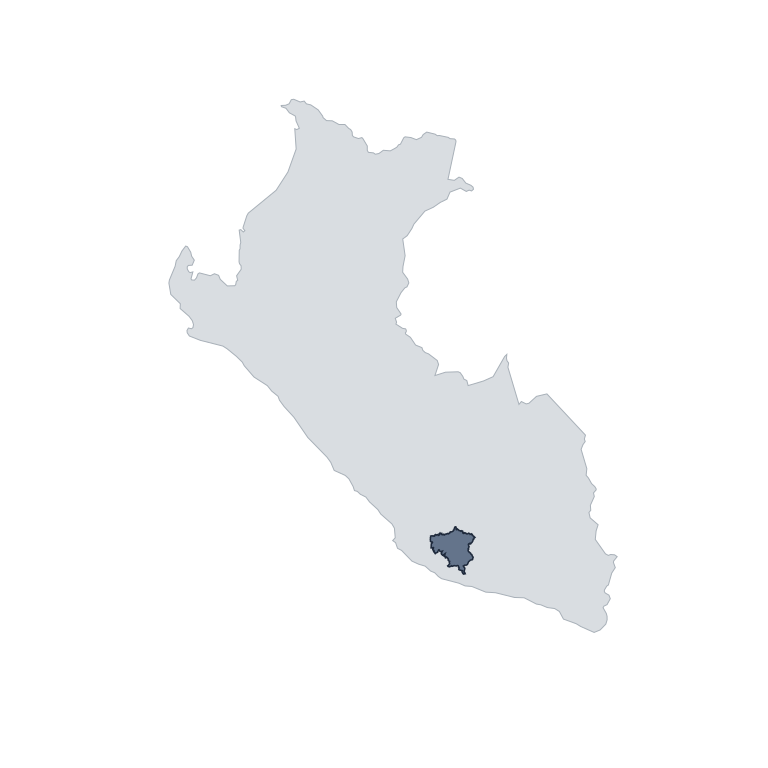 location of Lucanas, Ayacucho, Peru, rotated 343°
{"feature_id": "86281439B5175485015663", "entity_name": "Lucanas", "entity_type": "district", "adm_level": 2, "iso_a3": "PER", "parent_name": "Peru", "parent_adm1": "Ayacucho", "projection": "natural_earth1", "projection_center": [-74.354, -14.75], "detail": "fine", "context": "in_parent", "style": "filled", "palette": "slate", "viewbox_px": 768, "rotation_deg": 343, "n_neighbors": 0, "source": "geoboundaries", "source_scale": "gbopen_adm2", "svg_char_len": 9425}
<svg xmlns="http://www.w3.org/2000/svg" viewBox="0 0 768 768"><g transform="rotate(343 384 384)"><path d="M526.7,221.8L526.5,223.9L524.2,225.0L522.1,223.5L519.0,223.9L514.3,219.0L503.2,219.8L498.3,225.6L490.9,226.8L482.8,229.4L473.7,230.6L459.4,239.8L456.1,243.5L449.6,248.9L444.3,250.8L441.7,267.5L436.5,277.2L434.5,282.6L437.3,290.6L437.3,294.6L434.4,297.8L432.0,298.2L427.0,301.6L419.8,309.0L418.5,314.6L420.8,322.1L420.0,323.0L414.0,324.4L414.1,328.6L412.9,330.2L418.0,336.2L420.8,337.6L421.0,339.1L420.5,340.6L419.4,341.3L419.3,342.6L422.9,347.1L425.6,356.0L430.9,360.3L431.0,363.2L432.6,366.0L435.4,368.2L441.8,377.1L441.9,381.3L435.2,390.8L446.3,390.7L458.5,394.0L460.2,395.5L461.6,399.8L461.8,402.6L464.2,404.9L464.0,410.1L480.1,410.2L490.5,408.9L507.4,393.0L510.1,391.6L508.7,395.1L508.4,397.6L509.3,400.4L507.4,404.2L507.1,443.0L510.2,440.9L514.1,444.6L517.0,444.8L526.2,440.4L536.9,441.1L561.7,491.8L559.5,495.2L559.6,497.8L556.6,500.1L553.4,504.1L553.2,524.3L550.6,530.4L552.0,533.6L553.4,540.0L555.6,543.8L556.2,546.3L555.9,547.3L552.5,549.4L552.2,553.1L545.9,560.3L544.8,565.2L542.4,566.8L542.0,572.3L547.6,581.2L543.9,586.5L540.6,594.4L546.1,611.1L548.4,613.5L550.9,613.3L554.6,614.8L556.5,617.3L551.9,620.4L551.2,621.8L551.5,627.2L546.5,631.4L539.8,641.8L537.9,642.4L534.5,645.5L534.0,647.1L534.5,648.6L537.4,651.7L537.6,655.5L532.8,660.2L529.4,660.7L528.1,662.0L529.5,668.4L529.4,671.4L528.4,674.8L525.9,678.5L518.8,682.4L512.3,683.0L501.2,673.4L497.8,669.5L486.9,661.3L485.2,652.8L481.5,648.6L474.8,645.5L469.4,641.0L465.4,639.0L455.5,629.4L446.4,626.3L429.6,616.2L420.5,612.8L408.8,603.3L402.5,600.8L397.4,596.4L382.1,587.0L379.7,584.0L377.3,579.3L373.9,576.5L370.1,570.2L364.4,566.4L358.9,561.5L352.1,548.2L348.9,545.1L348.7,539.1L346.5,536.3L349.8,534.3L351.8,524.9L350.7,520.2L342.9,507.5L341.4,502.3L335.7,492.6L333.6,486.8L329.1,482.5L327.1,478.9L324.6,477.3L324.5,472.9L322.7,464.4L320.2,460.1L311.1,452.1L310.2,443.4L308.1,437.3L295.5,412.9L288.1,389.4L281.9,376.4L279.3,368.9L279.1,364.8L274.5,357.9L272.0,351.5L261.7,339.3L255.7,325.7L254.9,321.7L250.8,314.2L244.3,304.5L241.0,300.6L221.2,288.6L211.9,281.2L210.8,277.5L211.2,275.3L213.3,273.3L216.1,274.9L217.8,274.2L219.2,271.5L219.2,267.5L217.4,262.3L211.1,252.2L212.7,247.7L206.3,236.0L207.8,224.6L209.2,221.8L218.7,210.3L221.4,205.3L225.5,202.3L229.7,197.7L234.7,194.1L236.2,195.3L237.7,201.5L237.4,205.6L238.8,210.1L235.3,214.3L231.6,213.4L230.1,214.4L229.5,216.4L230.1,219.5L231.1,220.8L234.0,220.9L230.2,227.0L230.4,228.2L233.1,229.3L235.7,227.7L238.3,224.3L240.0,223.8L249.6,229.7L254.1,229.0L257.6,231.7L258.0,236.0L262.8,244.4L270.0,246.4L271.2,245.7L272.8,242.6L274.4,242.1L274.7,237.4L281.0,232.5L281.9,229.1L281.0,226.7L281.1,224.8L284.7,213.7L285.9,212.6L287.0,209.0L288.4,206.8L290.5,194.5L292.2,194.5L293.9,197.5L295.8,196.7L294.7,193.9L295.1,192.9L302.0,183.0L304.2,180.9L337.5,167.2L354.1,153.2L368.7,133.6L373.3,113.8L375.0,115.2L377.8,114.7L376.8,106.7L377.5,102.9L377.4,101.7L372.8,97.0L370.9,91.7L367.0,88.8L367.1,87.6L371.4,88.7L375.2,88.3L378.5,85.0L380.9,85.3L386.3,89.8L390.4,90.1L391.7,93.4L395.6,95.7L401.2,102.6L403.7,110.0L403.6,111.4L406.0,115.3L411.5,117.2L416.8,122.7L422.5,124.4L425.0,129.3L426.5,130.9L427.2,133.7L426.4,137.1L427.2,138.8L431.3,141.8L434.9,141.9L435.6,143.3L437.6,151.5L436.3,155.7L436.8,157.9L441.5,159.9L442.8,161.7L446.5,162.1L451.7,160.3L458.2,162.9L463.2,161.9L465.5,161.3L467.9,159.5L469.8,159.5L474.9,154.3L476.4,153.8L481.8,156.2L486.4,159.8L492.0,159.1L494.4,156.9L498.5,155.6L505.9,160.0L507.5,162.1L509.5,162.5L517.5,166.9L518.9,168.7L523.1,170.3L523.9,171.8L523.7,173.3L505.0,207.0L510.8,209.8L516.2,208.1L518.9,210.3L521.0,215.8L525.2,219.4L526.7,221.8Z" fill="#d9dde1" stroke="#a8b0b8" stroke-width="1"/><path d="M424.6,554.7L424.5,554.1L424.2,554.1L423.8,553.8L423.8,553.6L424.0,553.3L423.7,553.2L423.7,552.9L423.3,553.0L422.5,553.0L422.6,552.6L422.4,552.4L422.2,552.2L421.9,552.1L421.6,551.6L421.5,551.4L421.1,551.4L420.8,551.6L420.6,551.6L420.2,551.8L419.5,551.6L419.2,551.3L418.9,551.3L418.8,551.1L418.7,550.9L418.6,550.4L418.1,550.4L417.9,550.1L417.8,549.9L417.6,550.0L417.2,549.8L417.1,550.0L416.8,549.8L416.5,550.2L416.3,550.2L416.1,550.0L416.0,549.6L415.8,549.4L415.9,548.9L415.8,548.3L416.2,548.0L416.3,547.9L415.5,547.0L414.5,547.3L414.3,546.8L414.0,546.8L413.9,546.6L413.4,546.3L413.3,546.2L413.1,546.0L412.9,546.0L412.8,545.6L412.5,545.3L412.5,545.1L412.2,544.9L412.1,544.5L411.8,544.0L411.4,544.2L411.2,544.4L410.9,544.6L410.6,544.4L410.6,544.0L410.5,543.8L410.9,543.2L410.9,542.3L411.1,542.0L411.0,541.7L410.5,541.4L410.3,541.4L410.0,541.7L409.7,541.7L408.0,544.2L407.6,544.1L407.1,544.9L405.6,545.2L405.3,545.1L405.1,545.1L404.9,545.0L404.6,544.9L404.4,545.0L404.4,544.9L403.7,545.0L403.5,545.6L403.0,545.7L402.6,546.0L402.2,546.0L401.9,546.2L401.6,546.0L401.2,545.8L401.2,545.7L401.0,545.8L400.6,545.6L400.2,545.7L399.9,545.6L399.7,545.8L399.0,545.5L398.2,545.5L397.8,546.1L397.0,545.7L396.9,545.2L396.7,545.3L396.4,545.1L395.8,545.3L395.5,545.2L395.4,544.8L395.1,544.6L395.2,544.3L395.4,544.2L395.5,543.7L395.4,543.7L395.2,543.9L394.8,543.6L394.7,543.7L394.1,543.4L394.0,543.0L393.9,543.1L393.7,543.1L393.6,543.3L393.4,543.3L393.4,543.9L393.1,544.1L392.9,543.9L392.8,544.5L391.9,544.8L391.6,544.7L391.6,544.4L391.3,543.7L391.1,543.7L390.9,543.6L390.6,543.6L390.4,543.7L389.8,543.8L389.4,543.1L389.1,543.3L388.9,543.2L388.6,543.2L388.4,543.3L387.9,544.2L387.5,543.8L387.1,544.0L386.8,543.8L386.5,543.9L386.4,543.6L386.1,543.6L385.7,543.2L385.3,543.2L384.6,543.0L384.1,543.1L384.1,543.4L383.9,544.0L383.7,544.1L383.4,544.5L383.4,544.9L383.2,545.3L383.1,545.7L382.8,546.2L382.7,547.2L382.6,547.6L382.4,547.8L382.5,548.3L382.9,548.5L382.9,548.8L383.1,549.0L383.4,549.1L383.9,549.1L384.0,549.2L384.1,549.5L383.9,549.6L383.8,549.9L383.6,550.1L383.4,550.2L383.2,550.4L383.0,550.5L382.7,550.5L382.5,550.9L382.3,551.0L382.2,551.7L381.9,552.1L382.0,552.5L381.7,553.0L381.6,553.3L381.4,553.5L381.3,553.8L381.3,554.0L381.1,554.4L381.6,554.5L382.0,555.0L382.5,554.7L382.8,554.7L383.0,554.8L383.3,554.7L383.5,554.9L383.0,555.5L383.1,555.8L382.7,556.2L382.3,556.4L382.2,556.6L382.4,557.0L382.4,557.8L382.5,558.1L383.1,558.0L383.1,558.4L382.7,558.8L382.8,558.9L382.7,559.4L383.1,559.6L383.2,560.1L383.2,560.8L383.3,561.1L383.4,561.3L383.5,561.3L384.1,560.7L384.5,560.7L385.1,560.8L385.6,560.5L386.1,560.6L386.4,560.0L386.5,559.8L386.8,559.6L387.1,559.4L387.4,559.3L387.7,558.6L388.2,558.6L388.4,558.9L388.2,559.6L388.4,560.1L388.9,560.7L389.1,560.8L389.6,560.7L390.2,560.9L390.9,560.9L390.6,561.2L390.2,561.5L389.8,562.2L389.3,562.5L389.2,562.8L389.3,563.3L389.5,563.5L389.3,563.8L389.7,564.3L389.9,564.9L390.1,565.0L390.3,565.2L390.5,565.4L391.2,564.6L391.4,564.6L391.9,564.6L392.1,564.5L392.5,564.1L392.9,564.0L392.4,564.6L392.4,565.0L392.3,565.4L391.9,565.8L391.8,566.0L391.8,566.4L391.5,566.6L391.8,566.9L392.0,567.4L392.7,567.3L392.9,567.5L392.6,567.7L391.9,567.8L391.8,568.1L391.9,568.3L392.1,568.4L392.5,568.3L392.4,568.2L392.5,568.3L392.4,568.5L392.5,568.2L392.8,568.1L393.5,568.2L393.6,568.5L393.9,568.7L394.0,569.0L393.9,569.3L394.1,569.5L394.4,570.0L394.4,570.5L394.0,570.9L393.8,571.0L394.1,571.8L394.3,572.0L394.5,572.5L394.9,572.8L394.7,573.0L394.3,573.4L394.3,575.1L394.1,575.3L393.4,575.5L393.2,575.8L392.5,576.3L392.3,576.3L391.7,576.5L391.9,577.2L392.1,577.3L392.3,577.5L392.5,577.5L392.8,577.8L393.0,578.0L393.4,578.0L393.6,578.0L393.9,577.8L394.0,577.9L394.7,578.0L395.3,577.5L396.0,578.3L396.3,578.3L396.6,578.4L396.9,578.1L397.5,578.1L398.0,578.3L398.5,578.3L398.8,578.7L399.3,578.8L399.9,579.2L400.3,579.2L400.5,579.0L401.1,579.0L401.6,579.3L401.8,579.4L402.0,580.1L402.0,580.3L401.7,580.7L401.9,580.9L401.9,581.4L402.1,581.7L401.7,582.2L401.8,582.6L401.3,583.1L401.3,583.3L401.5,583.6L401.8,583.8L402.0,583.9L402.3,584.3L402.8,584.4L403.0,584.6L403.6,585.0L404.0,585.1L404.3,585.3L404.1,585.5L403.7,586.4L403.8,587.0L404.0,587.9L404.3,588.2L404.5,588.3L404.2,588.6L404.4,589.0L404.5,589.1L405.0,589.2L405.5,589.0L406.2,589.2L406.1,587.8L405.7,586.7L405.9,586.6L406.2,585.9L406.6,585.5L406.9,585.0L407.2,584.2L407.3,584.1L407.5,583.8L407.1,583.0L407.2,582.8L406.8,582.2L406.6,581.2L406.9,581.1L407.4,581.2L407.7,580.9L408.0,580.8L408.5,581.0L408.8,581.0L409.1,581.1L409.8,581.3L410.2,581.1L410.7,581.1L411.0,580.9L411.3,580.7L411.7,580.0L412.1,579.8L412.5,579.2L412.9,578.7L413.7,578.4L413.8,578.3L414.2,578.2L414.8,577.8L415.5,577.7L416.1,577.7L416.5,577.9L416.9,577.9L417.3,577.8L417.6,577.4L417.6,576.9L418.0,576.4L418.4,576.3L418.5,576.1L418.6,575.6L418.4,574.9L418.2,574.7L418.2,574.1L418.1,573.8L418.1,573.3L418.0,573.2L418.0,572.9L418.1,572.7L417.9,572.4L417.6,572.3L417.3,571.9L417.3,570.9L416.9,570.6L416.8,570.3L416.7,570.3L416.6,570.1L416.3,570.0L416.3,569.4L415.8,568.8L415.7,568.3L415.8,567.9L415.8,567.4L416.0,567.1L416.5,567.0L416.5,566.7L416.4,566.2L416.5,566.1L416.5,565.9L416.9,565.8L416.9,565.5L417.2,565.3L417.8,564.5L417.7,564.4L417.5,564.0L417.6,563.3L417.9,562.9L417.7,562.3L417.9,561.9L418.2,561.7L418.4,561.9L418.7,561.9L419.0,561.6L419.5,562.1L419.6,561.9L419.7,561.6L419.9,561.7L420.0,561.5L420.6,561.6L420.7,561.8L421.0,561.5L421.5,561.4L422.1,561.0L422.8,560.2L423.1,560.1L423.9,558.5L424.0,558.5L424.4,558.7L425.1,557.8L425.5,557.5L426.0,557.4L425.8,557.1L425.9,556.8L425.7,556.6L425.3,556.5L425.4,556.0L425.0,555.8L424.9,555.7L424.8,555.3L424.8,554.9L424.6,554.7Z" fill="#64748b" stroke="#1e293b" stroke-width="1.5"/></g></svg>